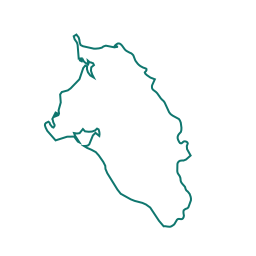 the County of Wexford, rotated 117°
{"feature_id": "IRL-718", "entity_name": "Wexford", "entity_type": "County", "adm_level": 1, "iso_a3": "IRL", "parent_name": "Ireland", "parent_adm1": "", "projection": "mercator", "projection_center": [-6.603, 52.458], "detail": "fine", "context": "isolated", "style": "outline", "palette": "teal", "viewbox_px": 256, "rotation_deg": 117, "n_neighbors": 0, "source": "natural_earth", "source_scale": "10m", "svg_char_len": 2996}
<svg xmlns="http://www.w3.org/2000/svg" viewBox="0 0 256 256"><g transform="rotate(117 128 128)"><path d="M199.4,51.6L196.6,58.3L188.8,72.1L188.0,77.2L188.2,81.2L189.9,88.9L190.3,93.1L189.9,104.6L187.7,109.4L177.7,125.9L174.7,129.5L172.0,131.1L169.4,134.7L165.7,141.6L164.1,145.8L164.0,150.7L164.3,155.4L164.0,159.0L162.9,157.0L161.6,155.7L160.1,155.1L150.6,155.9L147.1,154.8L148.1,150.0L146.6,150.5L145.2,151.3L143.9,152.3L142.6,153.6L142.6,155.3L145.1,156.2L147.4,158.3L149.2,161.3L150.5,164.8L149.4,167.7L154.6,168.8L156.1,171.0L157.0,173.8L159.0,171.5L162.9,164.8L162.9,166.5L160.1,172.1L163.4,178.3L171.9,186.9L167.2,198.6L165.1,201.5L163.4,203.2L162.2,203.7L160.7,203.4L158.5,201.7L158.9,200.3L160.1,199.1L161.6,195.8L161.4,194.6L159.4,194.4L158.5,194.9L157.0,197.0L155.0,198.7L154.7,199.2L154.3,199.5L147.1,199.5L147.1,197.9L150.5,197.9L148.2,195.9L146.5,196.0L143.7,197.9L135.8,199.5L128.9,203.7L126.0,203.3L121.8,198.7L118.7,197.1L106.6,193.4L94.9,195.1L91.7,194.4L91.7,192.4L94.2,191.3L96.6,188.9L98.3,185.5L98.6,181.4L96.6,184.2L93.8,187.0L90.6,188.3L87.4,186.9L86.2,188.5L86.4,190.7L86.7,191.6L86.7,192.4L86.2,194.4L88.0,193.1L88.6,192.4L89.6,192.4L89.1,196.3L88.6,197.8L87.4,199.5L88.5,199.7L89.6,199.5L89.6,201.5L89.1,201.6L87.9,201.5L87.4,201.5L88.6,203.4L76.7,210.7L75.0,212.4L73.2,215.8L70.9,218.0L68.2,216.4L69.7,213.1L71.6,211.3L73.7,209.9L75.6,207.9L75.6,205.3L72.8,194.4L71.8,192.5L70.2,190.0L68.3,187.8L66.5,186.9L64.7,185.1L62.3,176.7L60.2,173.9L60.7,177.0L60.1,176.9L59.1,176.5L58.0,175.9L57.4,175.5L56.9,174.7L56.6,173.8L56.7,172.5L57.2,170.9L59.3,166.8L59.8,165.5L60.0,164.2L60.1,161.9L60.1,160.3L60.0,159.0L60.3,157.7L60.8,156.3L64.3,152.4L64.9,151.5L66.3,148.6L66.8,147.1L67.2,145.2L67.3,142.1L66.9,139.1L67.1,138.3L68.1,137.8L69.0,137.8L70.8,138.3L71.7,137.3L72.3,135.3L72.9,130.9L72.4,126.2L78.9,125.9L79.8,125.7L81.4,124.8L82.1,124.0L82.6,122.9L83.2,119.5L83.8,117.7L86.7,112.2L87.4,110.2L87.8,108.6L88.6,107.0L95.3,98.5L96.3,96.3L96.7,93.9L96.9,86.7L97.8,85.1L99.3,83.4L103.5,80.5L105.7,79.5L107.5,79.1L110.5,79.9L111.5,80.0L112.6,79.9L113.5,79.7L114.6,79.1L115.7,78.1L117.2,76.1L117.8,74.8L117.6,73.8L117.2,73.3L116.4,72.9L115.2,72.5L114.5,72.0L114.1,71.4L113.8,70.4L113.7,69.4L114.0,68.4L114.7,67.7L117.4,67.4L120.0,65.8L124.1,59.7L129.8,62.0L131.8,63.8L132.4,65.1L133.6,66.8L134.7,67.5L135.9,67.8L137.0,67.8L137.9,67.5L144.1,64.5L145.0,63.8L145.7,63.1L146.2,62.3L147.1,60.6L147.6,59.9L148.2,59.2L148.8,58.6L151.1,57.1L151.7,56.5L152.3,55.8L153.1,54.2L154.2,51.4L154.6,50.5L155.2,49.9L155.9,49.3L156.4,48.7L157.0,47.9L157.3,47.0L157.5,45.9L158.1,44.6L158.8,43.1L160.9,40.9L162.4,39.8L163.9,39.1L171.1,38.2L172.3,38.5L173.1,39.1L173.8,39.8L174.7,40.4L176.1,41.0L177.4,40.6L178.7,39.9L180.7,38.4L182.1,38.0L183.4,38.0L184.3,38.3L184.9,38.9L185.3,39.8L185.6,40.7L186.0,41.6L186.5,42.2L187.5,42.7L192.4,43.0L193.5,43.3L195.9,44.7L196.3,45.1L196.7,45.5L197.1,46.1L197.8,47.8L198.1,48.7L198.7,50.5L199.4,51.6Z" fill="none" stroke="#0f766e" stroke-width="2"/></g></svg>